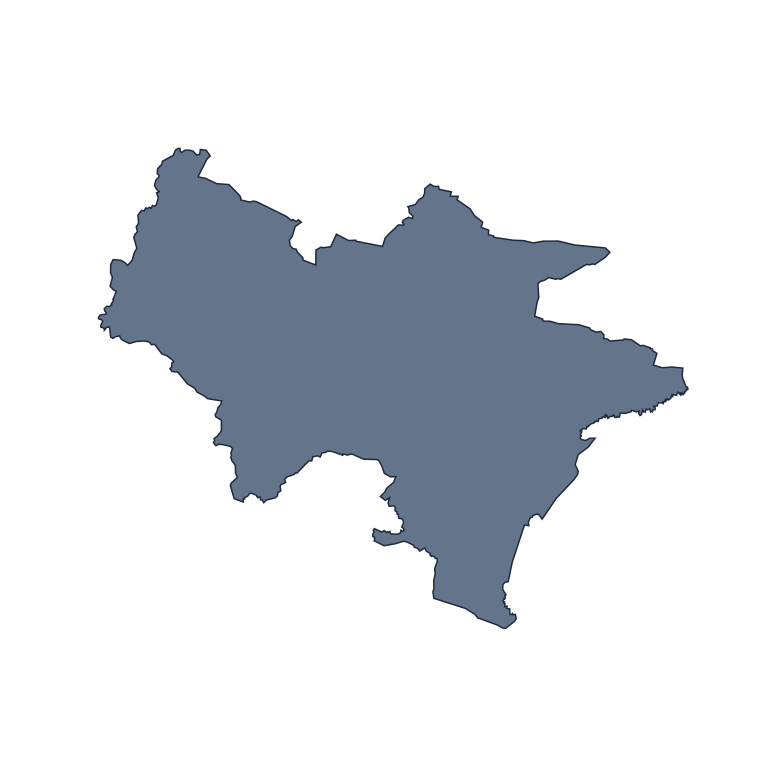 Taphan Hin, Phichit, Thailand, rotated 15°
{"feature_id": "78962969B26930516350058", "entity_name": "Taphan Hin", "entity_type": "district", "adm_level": 2, "iso_a3": "THA", "parent_name": "Thailand", "parent_adm1": "Phichit", "projection": "mercator", "projection_center": [100.432, 16.199], "detail": "fine", "context": "isolated", "style": "filled", "palette": "slate", "viewbox_px": 768, "rotation_deg": 15, "n_neighbors": 0, "source": "geoboundaries", "source_scale": "gbopen_adm2", "svg_char_len": 6147}
<svg xmlns="http://www.w3.org/2000/svg" viewBox="0 0 768 768"><g transform="rotate(15 384 384)"><path d="M572.5,576.6L570.5,572.6L568.0,573.4L567.4,572.5L566.8,573.7L565.3,574.0L563.7,568.7L560.9,569.0L560.3,566.7L558.3,567.8L557.8,564.8L556.5,564.5L556.7,563.3L555.7,563.5L554.8,562.3L556.2,560.8L555.4,560.1L556.5,559.4L555.6,556.8L556.4,556.1L551.8,551.7L550.8,546.7L552.1,544.4L555.1,542.7L554.0,522.9L556.2,483.8L560.6,483.3L559.1,479.9L560.0,475.1L561.7,474.2L561.9,472.6L564.5,470.5L567.1,469.9L571.7,473.6L580.0,449.9L592.3,427.0L594.4,421.3L594.3,418.2L589.5,412.3L589.9,401.9L597.5,392.3L602.0,381.7L597.1,383.0L593.2,386.4L589.1,386.6L587.3,385.1L588.1,383.0L586.7,382.0L587.5,379.1L585.5,378.1L587.3,377.0L587.6,375.5L591.0,375.0L591.2,372.2L591.9,372.6L594.0,369.2L597.4,366.8L597.4,365.4L600.5,364.8L600.5,362.0L603.3,360.8L603.8,359.0L606.4,359.1L606.8,358.0L605.6,357.2L605.7,356.2L607.8,356.8L609.2,359.2L610.8,356.9L613.3,355.9L613.3,354.7L614.4,354.7L615.6,356.5L617.2,356.2L617.7,354.8L618.5,355.5L620.0,355.0L619.6,350.9L624.5,350.0L629.9,346.8L630.0,345.2L634.8,345.7L637.4,344.1L637.4,346.1L639.4,348.2L640.6,347.0L640.5,342.2L641.8,343.7L643.6,343.6L643.7,340.4L645.2,340.7L647.2,339.3L648.8,342.1L649.6,341.1L650.4,341.4L650.3,339.5L652.5,338.6L652.2,337.0L650.5,335.8L653.5,334.5L653.7,331.1L657.7,330.4L657.9,329.6L658.8,330.3L658.6,328.7L660.7,328.1L660.8,326.9L659.6,327.2L660.1,326.1L661.7,324.9L661.9,325.8L663.1,325.7L664.7,323.6L664.7,321.6L666.2,321.4L664.9,319.6L669.4,319.2L670.1,315.8L673.6,318.0L674.1,316.8L672.9,315.9L674.8,315.5L675.6,316.7L676.9,314.6L676.2,313.5L678.0,312.0L677.5,311.0L678.9,310.5L678.0,308.5L676.4,308.5L671.0,301.0L669.8,298.7L668.5,291.3L657.7,293.1L648.5,296.3L639.3,296.0L639.7,283.9L634.5,282.1L634.3,280.7L631.9,280.7L631.8,280.0L623.8,279.7L621.8,280.8L611.7,277.2L604.3,278.3L603.5,279.6L591.0,284.1L588.5,282.8L584.4,283.1L583.7,279.6L579.9,277.2L575.3,279.0L569.5,278.1L568.2,276.7L556.9,276.3L536.7,280.6L528.4,280.4L522.0,281.9L520.9,281.8L520.5,280.2L512.0,279.5L510.7,265.3L511.1,260.5L506.7,247.2L508.5,244.5L512.2,242.2L515.7,238.5L522.7,238.4L524.6,237.2L527.7,237.1L548.5,216.2L552.0,215.6L555.0,213.8L556.7,214.0L565.1,204.1L568.1,198.3L562.6,195.3L532.1,200.4L515.6,200.8L500.9,204.8L491.7,209.1L481.6,209.4L471.6,211.7L452.0,213.9L451.6,212.6L446.3,212.7L445.2,208.2L437.4,207.6L437.4,202.1L427.6,197.8L421.7,192.5L407.0,187.2L407.1,183.6L399.5,185.4L399.2,181.0L386.9,181.7L385.5,179.0L381.2,180.2L376.8,179.0L372.8,184.8L373.9,189.5L373.1,193.7L369.9,197.1L367.8,202.6L361.1,206.5L362.5,207.7L364.1,212.0L368.5,214.3L368.8,216.7L364.6,216.6L360.2,220.8L359.8,223.2L361.8,224.4L361.9,225.5L356.8,226.6L349.9,237.7L347.3,242.9L347.0,251.5L320.3,253.3L319.6,252.4L312.5,254.6L299.3,251.6L297.0,265.2L290.0,268.1L287.9,268.1L283.6,272.1L287.3,286.7L274.0,285.4L272.8,283.0L266.1,278.9L264.2,276.5L261.1,276.8L257.5,274.6L255.4,269.3L257.1,265.3L257.5,254.9L262.3,249.1L258.8,247.5L257.1,249.8L253.3,248.7L252.4,250.1L246.5,247.4L213.7,240.9L210.5,241.1L207.3,243.0L197.7,243.3L197.8,241.8L196.1,239.5L182.6,231.5L170.4,233.8L158.2,231.5L151.5,232.0L150.8,231.5L154.8,212.5L157.1,208.7L151.7,204.2L145.9,205.0L146.5,209.6L143.9,211.4L139.3,208.5L135.8,208.5L131.4,209.6L128.6,212.8L126.7,211.7L126.0,209.2L124.2,209.7L122.1,212.0L121.2,217.8L112.4,226.1L112.5,229.4L109.6,234.5L110.5,239.5L112.7,240.7L112.9,242.4L110.9,246.2L110.9,251.7L113.8,254.7L117.1,256.4L114.8,258.1L117.8,262.5L117.6,270.0L116.5,271.8L114.1,271.5L113.7,274.4L111.7,274.0L110.0,275.9L108.4,275.5L107.4,279.0L105.0,279.0L102.6,284.5L105.3,292.1L104.0,296.5L106.5,300.7L104.6,304.1L104.4,307.2L110.1,316.9L108.9,321.5L108.6,329.8L105.7,335.8L102.6,333.9L97.8,332.6L90.2,333.9L89.1,339.2L91.0,347.2L94.1,351.4L94.1,360.6L98.8,363.3L101.5,363.6L100.3,372.5L101.2,373.2L99.8,377.6L100.6,378.2L98.6,380.3L96.2,380.6L94.3,383.7L95.1,385.5L97.3,387.0L97.5,388.3L92.0,390.9L90.9,393.5L91.5,394.9L94.8,395.1L96.1,396.4L95.2,400.7L95.9,402.4L99.2,402.6L99.9,404.5L101.6,400.8L104.2,400.2L107.8,409.3L110.4,410.1L112.8,407.5L116.2,405.9L117.2,407.6L119.9,409.3L127.6,410.8L133.9,407.0L141.3,404.5L146.3,404.2L149.1,406.2L152.2,405.1L161.8,412.5L166.8,412.9L173.9,415.8L175.1,417.3L173.7,418.2L174.5,422.6L173.3,424.6L175.9,426.8L181.8,425.9L194.0,434.7L202.5,437.2L205.4,440.2L213.4,442.0L217.4,443.8L231.6,442.4L231.6,446.1L229.7,449.8L229.8,454.3L228.8,457.4L229.9,459.2L236.3,461.0L239.0,471.3L237.2,476.2L234.0,480.9L235.0,482.3L234.5,484.9L237.6,487.1L239.7,485.1L243.5,484.3L251.9,484.0L254.4,485.7L254.0,490.4L255.1,492.0L255.0,494.5L257.1,497.7L261.4,501.0L263.7,508.6L266.6,512.1L262.0,519.4L261.9,522.0L269.0,533.6L278.6,534.4L277.7,531.7L279.1,531.1L278.5,530.2L281.5,527.4L282.1,525.0L284.0,523.8L289.3,524.4L291.3,526.5L293.5,525.2L294.8,527.8L296.6,527.8L298.6,529.8L300.4,526.6L308.0,522.3L310.0,519.8L309.7,516.3L312.0,513.9L310.0,509.3L310.7,507.7L314.5,504.5L312.6,502.0L314.5,498.7L320.8,494.5L321.4,492.5L323.0,492.6L331.2,477.7L334.1,476.9L334.1,472.7L338.6,470.5L341.2,471.1L342.0,466.5L344.9,465.5L347.0,463.4L351.6,462.6L362.6,463.5L362.5,462.1L367.0,462.1L371.1,459.9L383.8,461.9L396.8,458.8L398.7,459.3L403.0,463.6L407.4,470.2L414.2,472.0L419.4,470.5L418.8,476.3L413.5,484.3L412.8,488.0L409.6,493.6L415.4,496.0L418.8,492.4L418.7,497.9L420.7,500.8L424.5,499.2L426.7,500.0L427.5,503.6L429.5,504.0L430.1,506.1L431.8,506.6L432.9,509.9L436.6,509.6L437.6,510.7L438.9,513.2L438.1,517.5L440.3,518.5L441.2,520.3L440.0,521.5L438.3,520.8L438.3,523.7L436.2,525.5L429.9,527.0L428.8,526.7L427.9,524.9L426.9,526.0L425.4,525.8L425.0,526.9L422.2,525.5L420.2,527.5L412.1,526.2L411.5,528.3L412.6,529.3L412.1,532.4L412.7,534.2L414.7,534.6L415.1,538.0L426.0,540.2L436.2,535.4L443.8,530.7L447.1,530.7L454.3,532.1L455.4,533.8L458.9,534.1L461.8,536.1L465.9,531.8L468.1,534.5L472.6,535.8L472.5,536.9L474.3,538.3L475.2,537.5L478.0,538.2L478.6,539.2L480.5,538.9L481.4,541.7L480.7,549.2L482.6,554.2L482.9,561.2L485.2,568.7L485.0,571.9L487.6,578.1L520.6,579.7L531.3,582.9L535.3,585.7L555.3,587.4L561.8,589.0L564.8,588.4L571.2,579.9L572.5,576.6Z" fill="#64748b" stroke="#1e293b" stroke-width="1.5"/></g></svg>